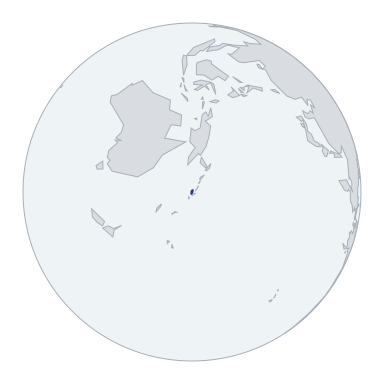 the Earth from above Guadalcanal, rotated 88°
{"feature_id": "SLB-1263", "entity_name": "Guadalcanal", "entity_type": "Province", "adm_level": 1, "iso_a3": "SLB", "parent_name": "Solomon Islands", "parent_adm1": "", "projection": "orthographic", "projection_center": [160.135, -9.592], "detail": "fine", "context": "on_globe", "style": "filled", "palette": "blue", "viewbox_px": 384, "rotation_deg": 88, "n_neighbors": 0, "source": "natural_earth", "source_scale": "10m", "svg_char_len": 6456}
<svg xmlns="http://www.w3.org/2000/svg" viewBox="0 0 384 384"><g transform="rotate(88 192 192)"><circle cx="192" cy="192" r="169" fill="#eef3f6" stroke="#a8b0b8"/><path d="M247.2,212.7L247.3,213.9L247.0,214.1L247.2,212.7ZM341.1,112.6L341.0,112.2L340.9,112.1L341.1,112.6ZM336.5,104.4L332.4,98.1L328.6,93.1L316.7,78.8L300.9,63.0L304.2,65.7L300.0,62.1L295.6,58.7L293.7,57.5L273.4,44.4L257.4,38.2L256.5,39.3L253.5,37.1L254.5,42.1L248.5,43.1L252.8,40.2L251.3,38.7L246.0,38.1L243.3,36.5L239.1,35.6L236.4,33.9L239.1,32.9L237.4,32.0L233.7,31.7L228.6,30.3L234.3,30.7L226.0,28.4L229.0,27.6L246.4,32.0L257.4,36.2L268.1,41.1L278.4,46.8L288.4,53.2L297.8,60.3L306.7,68.0L315.1,76.3L322.9,85.2L330.0,94.6L336.5,104.4ZM303.4,118.9L302.1,115.3L304.7,117.6L303.4,118.9ZM300.1,113.1L300.8,114.3L299.9,113.3L300.1,113.1ZM298.6,112.4L299.7,112.9L298.6,112.7L298.6,112.4ZM296.8,111.9L297.8,112.0L297.7,112.1L296.8,111.9ZM293.6,110.0L292.8,109.4L293.6,109.2L293.6,110.0ZM293.3,57.3L295.8,58.9L300.8,62.8L299.0,61.6L293.3,57.3ZM283.5,50.9L283.9,50.9L288.5,54.1L286.9,53.1L283.5,50.9ZM256.5,40.9L259.0,41.2L257.5,41.5L256.5,40.9ZM239.1,35.8L239.2,36.3L237.0,35.6L239.1,35.8ZM230.8,32.6L227.2,31.6L231.3,32.3L230.8,32.6ZM225.4,30.9L216.7,29.0L216.3,29.8L212.6,27.0L221.2,29.2L226.4,29.9L224.3,30.1L225.4,30.9ZM212.0,26.0L210.3,25.6L212.6,25.9L212.0,26.0ZM162.3,25.7L156.3,26.9L165.9,25.5L165.2,26.6L167.4,25.9L173.4,25.6L173.7,25.2L175.2,25.0L190.9,25.4L192.8,26.1L202.1,26.7L203.2,26.5L202.3,25.9L212.6,27.0L216.3,29.8L213.5,30.0L217.7,32.1L210.8,32.4L207.0,34.0L197.0,33.8L194.9,35.5L196.8,36.3L195.4,39.6L185.8,44.8L185.2,37.3L197.9,31.2L192.0,33.1L190.8,31.9L187.2,32.2L183.2,34.0L184.3,34.6L165.2,35.4L150.8,41.3L157.8,41.4L158.7,44.0L148.4,53.5L122.0,67.2L123.0,72.8L120.7,76.5L114.7,78.6L117.9,73.2L114.9,71.1L117.6,68.1L109.1,70.4L112.6,66.2L104.2,70.5L103.6,73.9L109.8,73.0L101.1,79.2L103.0,85.7L99.4,93.8L83.3,108.9L72.6,114.1L71.2,117.0L69.0,114.1L62.9,120.2L64.6,136.0L63.5,140.9L55.2,151.1L55.6,147.4L49.6,139.7L46.3,151.7L50.7,160.8L52.1,172.5L47.7,169.4L46.5,159.3L44.5,156.2L46.6,145.7L48.0,131.2L43.7,134.9L45.6,129.0L46.8,118.1L41.5,123.4L32.1,141.6L28.2,157.4L26.1,165.3L29.9,144.5L31.3,139.7L35.5,128.3L40.5,117.2L46.3,106.5L52.8,96.2L60.0,86.5L68.0,77.3L76.5,68.7L85.7,60.7L95.4,53.4L105.6,46.8L116.3,41.0L127.3,35.9L138.7,31.7L150.4,28.2L162.3,25.7ZM80.3,317.4L82.7,319.0L82.9,319.6L80.3,317.4ZM82.3,198.8L86.5,199.4L86.4,200.2L82.3,198.8ZM77.9,196.2L82.4,196.2L77.4,198.0L77.9,196.2ZM84.2,196.3L88.8,194.6L90.8,193.3L90.6,194.9L84.2,196.3ZM75.0,196.4L60.3,197.3L55.0,195.7L55.9,192.7L64.6,192.5L75.0,196.4ZM55.5,192.6L47.7,185.5L39.8,164.2L42.6,163.9L51.4,176.1L50.8,178.6L55.5,184.4L55.5,192.6ZM75.6,175.9L74.9,183.5L66.5,183.3L62.9,182.4L60.4,173.1L61.8,168.3L64.6,168.1L77.6,151.5L81.8,155.1L77.3,162.0L80.9,168.2L75.6,175.9ZM28.1,158.8L27.5,167.6L26.6,169.7L28.1,158.8ZM84.2,140.4L78.1,147.4L84.2,138.2L84.2,140.4ZM88.7,132.0L88.4,135.4L86.8,132.2L88.7,132.0ZM69.8,121.4L66.6,122.5L67.2,120.2L71.6,117.6L69.8,121.4ZM96.6,100.9L94.1,107.3L92.6,109.5L92.4,105.7L96.6,100.9ZM218.4,280.4L222.7,282.6L219.3,287.6L213.4,292.4L205.3,292.9L218.4,280.4ZM162.2,287.0L158.0,280.1L165.8,280.2L165.9,286.0L162.2,287.0ZM222.9,276.9L225.8,271.5L223.0,263.6L227.3,271.1L234.2,272.7L224.9,282.5L222.9,276.9ZM122.6,258.0L99.3,270.6L93.0,269.2L92.1,263.7L81.4,248.0L83.2,248.2L78.9,237.7L91.3,227.6L99.4,210.4L109.1,211.6L114.7,199.7L125.7,201.0L124.0,210.4L137.2,217.5L141.7,196.5L154.0,220.3L166.5,229.8L175.0,245.8L168.4,271.2L160.7,275.7L157.3,272.9L154.6,275.4L147.6,273.7L139.9,264.5L137.4,267.1L138.1,260.6L135.3,266.2L129.9,260.5L122.6,258.0ZM202.8,222.9L205.5,224.0L211.0,229.0L206.6,227.5L202.8,222.9ZM240.6,216.1L242.7,218.5L239.6,218.4L240.6,216.1ZM247.0,214.1L243.3,214.1L247.2,212.7L247.0,214.1ZM212.0,210.7L213.7,212.5L212.8,212.8L212.0,210.7ZM210.9,210.1L211.8,207.9L212.2,210.3L210.9,210.1ZM196.5,195.6L197.8,194.6L198.6,195.7L196.5,195.6ZM92.7,199.4L98.1,193.4L101.5,192.9L92.7,199.4ZM194.1,192.8L190.6,192.1L190.7,191.0L194.1,192.8ZM193.9,190.0L193.3,188.2L196.1,192.6L193.9,190.0ZM186.8,185.3L191.4,188.9L186.4,185.6L186.8,185.3ZM184.4,185.4L181.3,183.7L181.5,183.2L184.4,185.4ZM153.8,184.3L164.7,195.3L156.8,194.2L147.6,187.2L141.8,192.5L128.0,190.6L130.7,187.2L128.4,181.7L115.1,179.0L112.4,175.4L116.8,173.2L108.5,170.3L117.5,169.0L121.6,176.2L126.8,171.0L136.7,173.0L146.8,176.2L155.7,182.3L153.8,184.3ZM118.3,184.7L119.9,184.8L118.7,186.9L118.3,184.7ZM175.5,179.0L180.0,183.1L179.6,183.9L177.5,183.1L175.5,179.0ZM157.6,181.3L166.8,176.3L169.1,176.7L163.1,182.8L157.6,181.3ZM164.2,172.2L168.8,173.6L171.5,177.2L170.6,178.0L164.2,172.2ZM99.8,177.6L99.5,179.5L97.3,178.0L99.8,177.6ZM102.6,176.4L109.5,178.7L102.0,178.1L102.6,176.4ZM83.5,169.7L85.2,174.3L90.8,171.2L86.6,175.6L90.7,183.2L89.6,186.1L85.4,177.8L84.6,186.5L82.2,186.4L80.5,179.0L82.7,170.1L85.1,166.4L95.4,164.8L83.5,169.7ZM102.4,170.8L100.6,165.4L102.0,161.9L103.9,164.7L102.4,170.8ZM96.2,152.8L92.4,146.9L88.3,149.2L97.2,141.0L99.2,147.9L96.2,152.8ZM93.9,139.9L90.0,142.0L94.5,137.2L93.9,139.9ZM89.4,140.0L89.6,136.0L92.4,136.5L89.4,140.0ZM95.8,140.1L97.6,133.3L98.4,137.3L95.8,140.1ZM90.2,127.3L94.9,133.6L87.6,131.0L90.3,118.5L93.6,118.1L90.2,127.3ZM127.2,80.9L128.0,78.0L131.8,77.4L130.2,79.6L127.2,80.9ZM145.0,74.5L133.1,76.4L123.7,78.7L125.3,80.1L120.8,85.1L119.8,80.3L128.4,75.1L135.1,74.3L138.6,70.5L145.1,68.2L147.6,63.6L151.2,61.9L151.0,66.0L145.0,74.5ZM148.4,61.7L155.1,54.3L161.1,56.0L161.0,58.0L155.4,60.5L152.5,59.4L148.4,61.7ZM158.5,53.2L155.8,52.2L160.0,42.5L162.4,41.0L162.4,48.5L159.9,48.1L157.8,50.5L158.5,53.2ZM209.4,25.7L210.2,25.6L210.9,25.9L209.4,25.7ZM175.2,24.8L177.4,24.5L178.1,24.7L175.2,24.8ZM183.8,24.0L181.5,24.0L184.9,23.9L183.8,24.0ZM176.2,24.1L181.1,23.9L175.1,24.3L176.2,24.1Z" fill="#d9dde1" stroke="#a8b0b8" stroke-width="1"/><path d="M191.7,191.5L191.8,191.5L192.0,191.5L192.3,191.5L192.6,191.5L192.8,191.5L193.0,191.7L193.1,191.8L193.3,191.9L193.4,192.0L193.5,192.1L193.6,192.3L193.8,192.4L193.9,192.5L194.0,192.6L194.0,192.8L193.9,192.9L193.7,192.9L193.5,193.0L193.3,193.0L193.1,192.9L192.9,192.9L192.7,192.8L192.7,192.7L192.2,192.6L191.8,192.7L191.7,192.7L191.4,192.6L191.2,192.6L190.9,192.4L190.8,192.2L190.7,192.2L190.6,191.9L190.4,191.8L190.5,191.7L190.5,191.4L190.4,191.3L190.5,191.3L190.5,191.2L190.8,191.0L191.0,191.1L191.2,191.3L191.3,191.3L191.3,191.5L191.5,191.6L191.7,191.5Z" fill="#3b82f6" stroke="#1e3a8a" stroke-width="1.5"/></g></svg>